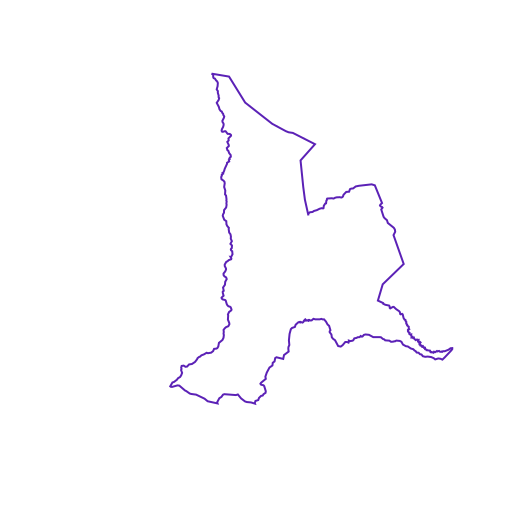 outline of Changara, Tete, Mozambique, rotated 151°
{"feature_id": "85939544B96154885816761", "entity_name": "Changara", "entity_type": "district", "adm_level": 2, "iso_a3": "MOZ", "parent_name": "Mozambique", "parent_adm1": "Tete", "projection": "mercator", "projection_center": [33.152, -16.661], "detail": "fine", "context": "isolated", "style": "outline", "palette": "violet", "viewbox_px": 512, "rotation_deg": 151, "n_neighbors": 0, "source": "geoboundaries", "source_scale": "gbopen_adm2", "svg_char_len": 6107}
<svg xmlns="http://www.w3.org/2000/svg" viewBox="0 0 512 512"><g transform="rotate(151 256 256)"><path d="M213.0,410.6L216.1,409.0L216.2,404.5L216.8,402.0L216.6,400.0L215.9,398.9L216.1,397.4L215.8,396.4L216.2,395.1L216.1,393.5L217.0,392.5L219.9,390.5L220.3,389.5L220.2,387.6L220.7,386.4L222.1,384.9L224.4,383.4L225.4,382.2L225.4,381.2L224.8,380.7L222.5,380.2L222.1,379.8L221.6,376.6L219.8,375.5L219.2,374.2L219.5,373.3L223.1,372.2L223.9,370.3L225.8,369.7L226.0,366.4L226.4,365.4L229.2,364.6L229.7,362.4L229.2,361.5L229.6,359.0L229.2,356.6L229.9,355.0L231.1,354.8L232.1,354.2L232.0,353.5L233.3,353.1L233.6,351.7L236.1,351.6L236.6,350.7L241.1,347.4L242.5,346.0L244.1,344.8L245.0,344.8L244.9,343.9L246.5,343.7L246.9,342.8L247.7,342.4L248.4,341.5L249.0,339.8L247.9,337.7L247.6,336.2L248.1,334.8L250.4,331.8L251.1,328.2L253.2,324.9L252.9,323.4L254.3,319.9L255.1,318.8L255.2,318.0L256.5,316.2L256.9,315.0L258.6,312.9L261.7,311.6L263.0,309.4L264.6,308.4L265.6,307.3L266.2,303.1L265.1,300.9L266.5,298.0L266.6,296.1L266.1,293.7L266.8,292.9L268.1,289.5L267.8,287.4L268.5,285.2L269.7,283.3L269.9,280.7L272.5,279.0L271.9,276.9L273.3,274.7L274.5,274.3L274.9,273.8L275.0,273.0L274.5,271.7L275.7,268.9L278.5,267.1L278.7,267.3L278.7,265.9L279.3,265.2L281.8,265.6L283.6,265.2L284.8,265.3L287.5,263.7L288.2,262.4L288.3,259.7L288.7,258.8L290.3,257.5L292.9,256.4L293.6,255.1L293.5,253.6L292.5,251.7L292.8,250.0L295.4,248.4L297.1,245.9L300.1,244.4L301.1,241.2L302.3,241.0L302.9,240.0L303.6,237.0L306.3,236.3L306.6,235.4L306.2,234.2L304.3,232.4L304.1,231.7L304.9,228.1L304.9,226.8L304.5,225.4L303.3,224.2L303.0,223.4L303.3,221.3L303.5,220.8L304.3,220.4L306.7,220.1L308.9,218.5L309.2,217.4L311.4,214.0L311.9,210.2L312.4,209.2L314.3,208.0L316.6,208.3L318.4,207.9L320.2,207.1L321.0,205.2L322.1,203.7L322.4,202.5L324.1,200.2L326.1,198.8L330.5,198.0L332.9,195.1L334.5,194.2L335.5,194.2L337.7,195.1L339.6,193.6L342.1,193.2L345.2,194.3L346.1,195.3L349.3,195.2L351.9,195.6L353.7,195.1L354.7,195.3L356.6,195.0L357.7,194.2L360.7,192.9L364.4,192.6L367.1,193.6L369.9,192.7L371.4,193.3L372.4,195.2L374.3,195.9L375.6,194.6L375.9,193.3L376.8,192.6L377.3,189.6L379.3,187.9L381.0,187.0L383.5,186.9L385.2,186.1L388.8,185.6L390.4,185.9L394.2,183.6L393.9,182.9L392.9,182.2L387.4,180.9L385.9,179.8L383.3,172.8L382.5,171.7L380.6,167.8L379.5,166.7L375.6,163.8L370.2,156.2L368.7,152.4L361.1,145.7L360.9,146.9L357.0,149.4L354.6,149.5L352.1,150.7L350.7,150.5L341.0,144.1L339.0,143.7L338.1,138.7L336.1,134.1L334.8,132.7L331.3,130.3L328.5,127.4L328.4,128.0L326.7,129.5L323.9,128.9L322.2,130.4L319.4,131.2L317.8,130.7L316.4,131.5L314.0,131.7L313.0,133.0L311.9,138.2L312.1,139.3L313.9,140.9L314.1,142.1L313.0,142.7L307.0,143.8L306.3,145.9L303.1,148.8L298.3,151.9L294.7,152.3L293.1,154.5L290.9,154.8L288.7,157.4L287.2,157.5L282.1,152.8L279.5,155.8L273.8,156.6L272.7,159.2L271.8,160.6L270.0,162.0L268.1,166.3L264.4,171.6L261.0,175.1L259.4,175.6L256.4,175.1L254.6,176.7L251.1,177.5L249.5,177.1L249.5,176.4L248.7,176.4L247.6,175.2L246.6,175.3L245.7,176.0L244.7,175.7L244.5,176.5L243.6,176.7L243.2,175.1L242.5,175.0L241.7,174.0L241.0,174.6L240.3,174.2L240.3,173.6L238.6,172.7L236.2,173.2L234.9,171.9L230.9,169.7L229.3,169.3L228.4,168.2L227.2,167.6L226.6,164.7L226.6,161.4L225.9,159.5L226.9,155.0L228.1,154.4L228.5,153.6L228.1,150.8L229.1,148.1L228.7,146.1L227.7,144.0L227.8,137.4L225.8,135.7L223.5,136.0L219.6,137.5L218.0,136.6L217.1,135.4L216.2,136.1L215.8,137.0L214.7,135.8L212.5,135.1L211.7,135.2L209.9,136.3L207.7,135.6L206.6,135.7L204.7,134.8L203.2,135.3L202.5,134.1L201.8,134.0L199.9,134.7L198.3,134.3L195.4,132.3L192.8,128.2L186.2,124.5L185.2,121.9L184.2,120.8L183.9,119.6L180.4,117.3L179.5,115.5L177.6,114.6L176.4,114.4L175.9,114.0L174.3,114.0L171.4,112.0L170.4,110.5L170.4,107.3L168.6,104.4L167.1,103.3L165.4,100.0L163.6,98.2L163.2,96.5L162.5,95.4L162.3,93.7L160.7,92.6L160.2,90.6L159.0,89.6L158.7,87.5L156.9,85.8L154.6,84.8L151.8,82.7L150.1,80.5L149.4,78.7L146.2,78.0L144.4,76.6L143.2,75.0L140.2,75.8L130.8,78.8L129.4,79.5L129.0,80.3L130.6,81.0L133.0,80.7L137.1,81.2L138.4,82.0L139.5,81.9L139.7,82.4L140.5,82.4L141.5,83.1L141.9,84.2L143.6,84.6L143.8,85.2L145.8,85.0L146.6,85.9L147.1,85.4L147.7,85.4L147.8,86.0L148.5,86.2L148.9,86.8L149.6,86.8L149.9,87.4L149.6,87.6L149.9,87.9L149.7,88.9L152.2,90.7L152.0,90.9L152.2,91.4L153.3,92.5L152.7,93.8L153.5,94.1L153.3,94.7L154.1,95.4L153.8,96.2L154.7,96.3L154.5,97.1L155.5,97.8L155.2,98.4L155.7,98.9L155.4,99.3L155.7,99.9L154.0,100.6L154.3,101.5L155.2,101.3L155.8,102.6L154.8,103.6L155.4,103.7L155.2,104.5L156.0,105.0L157.1,105.0L157.8,107.2L157.5,108.0L158.2,108.1L158.2,108.9L158.8,108.7L159.1,109.0L158.9,109.3L159.5,109.4L158.7,110.9L158.8,111.5L158.2,112.2L159.4,112.8L159.7,113.7L158.9,114.5L159.6,115.8L159.6,116.5L159.0,117.6L158.6,117.4L158.2,117.8L157.5,117.8L157.6,118.5L156.7,120.1L157.5,122.0L157.0,122.8L157.4,124.0L156.5,125.4L156.8,126.1L156.3,127.3L156.3,127.7L156.9,128.2L157.0,130.2L156.0,133.8L156.3,134.6L157.7,134.8L158.0,135.2L157.4,137.2L157.5,138.2L159.2,141.6L160.2,144.7L160.9,145.1L164.0,145.1L164.2,145.8L163.6,147.0L163.6,148.1L166.6,150.7L167.9,152.6L167.6,153.2L171.0,157.9L158.9,169.8L130.7,177.4L125.6,207.6L122.5,209.7L121.7,211.8L121.8,213.9L124.7,221.0L124.1,223.8L125.2,226.8L125.4,228.4L123.9,236.0L121.9,236.9L122.0,237.7L122.9,238.9L123.1,240.0L122.4,240.6L120.1,241.2L117.8,260.2L120.1,262.6L131.9,267.5L135.1,268.5L138.3,268.0L140.1,268.8L141.4,268.9L143.4,267.1L146.0,268.3L149.2,267.3L150.1,266.9L150.8,266.1L151.9,265.6L153.1,265.8L154.2,266.8L157.0,268.2L158.6,268.6L160.2,268.6L161.8,269.8L165.8,271.7L166.3,271.5L166.9,270.6L167.7,270.2L169.2,268.1L170.0,268.3L172.3,267.1L173.8,265.1L174.3,265.1L175.4,266.0L177.5,266.5L180.5,266.6L183.5,267.3L185.2,267.1L187.6,268.1L189.8,267.7L190.5,266.1L185.9,281.6L181.2,293.5L170.7,318.0L150.2,325.2L164.1,345.8L167.5,348.4L169.3,350.6L177.7,363.7L191.1,395.4L192.6,426.0L206.4,437.0L205.6,435.2L206.7,433.2L206.8,432.1L205.9,431.0L205.8,428.9L205.3,427.5L205.5,425.8L207.3,423.1L209.6,420.8L209.4,418.7L210.3,417.2L210.9,414.4L211.7,413.1L211.7,411.9L213.0,410.6Z" fill="none" stroke="#5b21b6" stroke-width="2"/></g></svg>